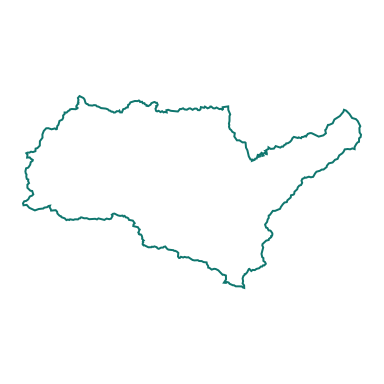 Na Noi, Nan, Thailand (Albers equal-area conic projection)
{"feature_id": "78962969B88234986590432", "entity_name": "Na Noi", "entity_type": "district", "adm_level": 2, "iso_a3": "THA", "parent_name": "Thailand", "parent_adm1": "Nan", "projection": "albers", "projection_center": [100.759, 18.283], "detail": "fine", "context": "isolated", "style": "outline", "palette": "teal", "viewbox_px": 384, "rotation_deg": 0, "n_neighbors": 0, "source": "geoboundaries", "source_scale": "gbopen_adm2", "svg_char_len": 5989}
<svg xmlns="http://www.w3.org/2000/svg" viewBox="0 0 384 384"><path d="M361.0,134.7L359.6,132.5L359.4,128.0L360.3,126.2L357.7,121.0L355.9,119.1L352.1,118.0L349.4,113.9L346.1,110.6L344.0,109.8L343.4,111.8L339.8,116.1L334.4,119.5L332.7,123.3L329.4,124.8L328.0,124.9L326.0,129.5L325.2,130.1L325.9,133.3L323.3,135.4L318.7,136.6L311.7,133.2L310.1,133.1L307.8,133.9L306.0,136.5L305.3,135.9L303.4,136.9L301.9,137.0L301.1,138.2L298.6,137.4L297.9,138.0L293.9,136.9L292.5,138.1L291.4,140.4L289.9,142.0L287.9,143.2L286.2,143.4L285.6,144.5L284.4,144.9L283.0,146.7L281.9,146.5L280.3,147.6L275.7,146.1L273.9,148.6L270.7,148.9L268.5,147.4L268.4,149.0L266.3,150.0L266.4,151.2L265.4,151.1L266.8,153.1L266.8,154.2L266.1,154.1L265.6,153.1L264.5,152.9L262.9,154.0L263.6,155.5L262.3,155.9L261.9,153.0L261.5,152.8L260.7,154.0L259.4,154.7L260.2,156.0L260.0,156.5L258.0,157.0L258.3,155.0L257.8,154.9L256.7,158.5L255.2,158.7L254.7,159.8L252.1,160.8L252.4,159.6L250.5,159.5L248.8,156.4L247.4,150.3L246.0,147.6L245.6,142.8L244.9,142.3L242.5,142.4L239.4,140.3L236.9,140.3L234.3,136.5L234.8,133.2L232.3,131.8L231.2,130.1L229.8,129.0L229.0,126.8L229.3,124.9L228.9,123.8L229.5,121.0L229.5,116.1L230.2,114.4L228.3,109.9L228.2,106.4L222.7,107.2L223.0,109.1L222.3,109.7L221.1,108.8L219.4,109.1L216.5,107.5L214.9,108.4L213.3,108.3L211.1,106.5L210.3,106.5L209.8,107.4L207.6,108.3L204.9,106.6L204.1,107.8L200.9,107.1L200.4,109.4L199.4,110.2L197.9,110.1L196.9,108.8L196.2,108.6L194.6,108.6L192.6,109.8L190.3,108.4L189.2,108.4L186.9,109.7L184.5,109.4L183.1,108.3L181.1,109.1L180.0,109.0L177.9,111.5L170.8,110.8L168.2,109.8L166.4,110.2L166.7,112.4L164.8,111.9L163.6,112.4L162.1,111.2L160.6,112.1L158.6,110.8L157.1,111.4L156.0,110.8L155.5,108.6L156.4,107.2L156.1,106.1L157.3,105.7L157.7,104.7L156.9,102.8L155.8,102.8L154.7,102.0L153.7,102.2L151.4,103.2L150.6,104.6L148.3,106.1L146.6,105.8L146.7,105.1L144.8,104.2L144.4,103.2L142.7,103.2L142.1,101.8L140.1,102.0L139.6,100.9L138.9,100.5L137.8,101.1L134.8,101.0L130.4,102.4L129.3,104.4L128.2,104.8L127.8,107.4L126.4,107.5L125.2,108.6L123.2,109.2L121.9,112.4L120.2,112.4L119.4,110.7L118.9,111.3L116.7,111.2L115.3,112.4L113.9,112.6L112.7,111.7L111.4,111.7L110.2,110.7L109.2,110.6L107.8,109.3L105.8,108.6L101.1,108.1L98.4,106.6L97.0,106.4L95.9,105.3L94.0,105.1L92.3,105.6L88.6,105.2L87.7,104.1L86.6,103.9L85.5,102.9L84.5,99.4L83.4,98.0L79.5,96.1L77.9,98.0L78.5,100.0L78.1,101.2L78.5,102.4L77.9,103.0L78.3,103.8L77.7,104.1L76.3,106.2L76.4,107.3L77.5,107.7L77.5,108.3L75.7,109.2L71.8,109.0L70.0,109.4L69.5,110.4L68.4,110.8L66.6,112.6L64.6,112.5L64.6,114.0L63.1,115.5L63.2,117.7L62.3,119.6L59.5,120.9L58.4,124.9L57.3,126.0L56.8,129.1L56.0,129.3L54.9,128.4L51.6,129.3L48.3,128.2L46.2,128.3L43.8,130.9L42.4,134.5L42.5,137.7L39.9,141.2L39.8,145.6L37.4,148.1L35.6,148.6L35.4,151.2L32.9,152.1L31.0,151.7L29.5,152.6L27.5,152.6L26.3,153.2L27.5,154.8L27.1,157.6L29.7,157.4L30.9,158.8L32.8,159.9L32.7,160.7L30.7,162.2L30.2,164.7L28.3,167.6L26.1,168.3L25.4,171.3L25.8,173.5L26.5,174.4L26.3,176.7L26.8,178.9L28.3,179.5L28.1,181.1L29.0,183.1L27.4,184.7L27.4,187.8L30.4,190.7L32.2,191.0L33.3,194.4L32.1,195.6L29.8,196.5L28.3,199.3L26.2,200.9L24.2,201.3L23.0,203.3L23.5,205.3L26.7,204.9L29.3,207.8L34.9,210.4L38.8,209.0L43.4,208.5L44.3,207.6L47.1,207.2L48.5,206.0L50.0,205.7L49.5,207.0L50.8,209.3L51.1,210.6L55.7,210.2L57.1,211.7L57.4,213.5L59.5,215.7L61.2,216.4L61.5,217.2L64.7,218.3L66.4,220.1L67.9,219.6L69.3,220.0L70.0,219.3L73.3,219.9L75.0,219.3L78.0,219.4L78.9,218.5L80.1,218.3L80.6,217.5L81.6,217.4L84.2,218.3L86.8,218.2L89.2,219.2L95.1,218.8L97.0,219.4L98.4,218.4L104.4,219.9L106.6,218.6L109.3,219.2L111.0,218.7L112.6,215.9L111.8,214.8L113.0,213.8L114.5,213.6L118.0,215.4L120.1,215.9L122.6,215.6L123.4,216.5L124.6,215.9L125.9,217.4L127.0,217.5L128.3,218.3L129.0,219.9L132.8,220.6L134.7,223.2L133.5,224.4L133.3,226.1L137.9,227.2L139.0,229.1L139.7,229.5L138.3,232.6L138.9,233.1L138.9,234.1L139.5,234.5L140.7,234.4L141.7,235.5L142.3,237.8L142.1,238.8L143.7,240.5L143.0,240.9L142.8,241.6L143.2,242.4L142.7,243.2L142.7,244.5L143.4,245.2L143.6,244.9L148.4,247.3L151.5,247.2L151.9,246.7L153.2,246.9L154.4,246.4L156.7,247.2L157.5,248.3L158.8,248.8L161.1,247.6L163.0,247.6L163.9,246.8L165.3,246.5L167.0,248.7L168.3,249.6L173.4,250.2L174.2,250.9L175.4,250.9L177.0,251.7L178.3,252.9L178.0,256.6L179.1,258.0L179.9,257.9L180.9,256.8L183.2,257.5L184.5,256.9L186.9,257.5L188.3,257.2L192.6,260.0L194.5,260.4L197.9,260.2L199.1,261.0L201.7,261.1L203.6,262.1L206.6,262.4L206.9,264.1L208.1,265.9L208.2,267.6L209.4,267.9L211.7,269.6L214.1,268.8L215.7,269.0L218.3,270.3L222.6,274.8L223.7,274.7L225.9,275.5L226.0,279.5L223.9,282.7L226.0,282.9L226.8,282.0L228.6,282.5L229.6,283.8L233.0,285.3L233.9,285.2L235.7,286.3L241.8,286.4L242.9,287.5L244.2,287.9L244.1,285.4L242.6,283.4L243.1,281.2L242.6,278.4L243.4,276.0L244.6,274.9L244.7,274.1L245.6,274.0L247.1,272.4L248.8,269.1L249.4,268.9L251.3,271.0L252.7,269.9L254.8,270.1L256.5,268.9L259.2,268.2L260.9,266.5L262.2,266.5L263.1,265.3L264.3,265.4L265.8,263.8L265.1,262.2L263.4,260.9L263.4,258.1L262.2,257.1L261.5,253.9L263.2,247.4L262.3,245.5L262.5,244.1L266.2,240.6L268.7,240.0L269.0,238.8L271.2,237.2L271.1,236.1L272.1,235.7L272.4,234.1L272.3,233.2L270.8,231.0L270.1,230.5L268.6,230.4L267.4,228.0L266.1,227.6L265.2,225.0L265.1,224.5L267.1,221.9L267.7,219.4L268.7,218.0L268.7,215.6L269.9,214.9L272.8,210.9L275.0,210.9L280.1,208.8L280.8,207.1L282.8,204.3L284.5,202.5L286.8,202.1L287.4,200.3L290.7,197.5L291.0,195.3L293.6,194.6L294.2,193.8L294.5,191.7L297.2,189.3L297.8,187.3L299.3,185.6L301.1,185.0L302.2,182.8L301.5,180.7L302.4,178.8L303.8,178.3L304.7,177.4L305.8,177.8L308.9,176.7L310.9,177.3L313.2,176.8L315.1,173.4L316.5,171.7L319.8,170.8L321.7,169.6L323.6,169.5L326.7,167.0L326.9,165.7L328.9,163.3L332.6,162.5L335.0,159.8L337.6,158.9L339.2,155.4L342.3,153.3L343.7,151.6L344.7,149.4L347.7,149.0L350.2,149.3L352.4,148.4L354.6,149.1L354.6,147.0L356.3,144.0L357.6,142.4L359.0,141.8L359.1,138.3L360.6,137.1L361.0,134.7Z" fill="none" stroke="#0f766e" stroke-width="2"/></svg>